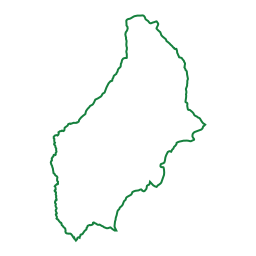 Fómeque, Cundinamarca, Colombia
{"feature_id": "7082276B76169675802972", "entity_name": "Fómeque", "entity_type": "district", "adm_level": 2, "iso_a3": "COL", "parent_name": "Colombia", "parent_adm1": "Cundinamarca", "projection": "natural_earth1", "projection_center": [-73.835, 4.535], "detail": "fine", "context": "isolated", "style": "outline", "palette": "green", "viewbox_px": 256, "rotation_deg": 0, "n_neighbors": 0, "source": "geoboundaries", "source_scale": "gbopen_adm2", "svg_char_len": 5737}
<svg xmlns="http://www.w3.org/2000/svg" viewBox="0 0 256 256"><path d="M126.3,20.8L126.5,23.8L126.5,25.5L127.5,26.9L127.5,27.7L127.7,28.2L127.3,29.8L126.8,30.9L125.7,32.4L125.6,33.5L125.3,34.1L125.7,36.4L126.1,37.5L126.0,38.8L126.6,41.1L126.3,44.6L126.5,46.4L126.9,47.6L126.8,49.7L126.4,50.9L126.3,51.8L126.8,54.1L126.8,57.8L126.4,58.0L125.0,58.0L123.5,58.4L123.0,58.8L122.0,60.2L121.5,62.6L120.9,63.7L120.7,66.2L120.5,66.8L120.1,67.3L118.8,68.4L118.4,69.0L117.9,69.8L117.5,71.6L116.7,72.7L116.3,73.9L114.4,75.3L113.7,76.1L113.3,77.6L112.4,79.2L112.2,80.7L110.8,81.3L110.5,81.2L108.6,83.3L106.5,87.4L104.6,92.5L103.9,93.0L102.8,93.6L102.3,94.3L101.6,95.7L100.8,96.6L97.7,98.5L95.3,99.6L94.0,102.5L92.9,104.3L92.1,104.9L90.3,105.8L89.8,106.3L89.1,107.4L87.9,108.5L86.2,110.8L85.7,112.3L85.4,113.9L85.0,114.2L84.7,114.6L83.6,115.3L81.1,117.5L79.4,119.6L79.0,120.3L78.9,121.1L78.6,121.7L77.9,122.1L77.5,122.5L76.9,122.4L76.2,122.9L74.4,122.9L73.6,122.8L71.2,123.7L70.5,123.9L70.4,123.6L69.6,123.6L68.3,124.1L67.6,125.6L64.7,127.7L64.3,130.3L63.6,131.0L63.2,131.1L62.2,130.6L61.9,130.6L61.6,131.0L61.1,131.1L60.2,131.1L58.9,132.0L58.8,132.3L58.5,132.4L58.7,133.7L58.4,134.6L57.9,135.2L57.5,135.5L56.8,135.1L55.2,135.4L54.7,135.7L53.7,136.9L53.8,137.3L53.7,138.1L54.3,138.8L54.4,139.2L54.2,139.8L54.4,142.0L54.5,142.3L55.0,142.7L54.9,143.0L54.2,143.7L54.1,144.2L54.3,144.7L55.1,145.4L55.3,145.9L55.5,147.5L56.2,148.4L56.1,150.2L56.5,151.6L56.4,152.0L55.7,152.9L55.7,153.5L55.7,154.1L55.7,154.6L55.4,155.0L54.6,154.8L53.8,154.9L53.5,155.4L53.4,156.4L52.3,157.4L52.1,158.1L51.8,158.3L51.7,158.9L52.0,160.2L51.7,160.8L51.2,161.1L50.8,162.4L50.9,163.1L51.2,163.7L51.2,164.3L52.1,165.9L52.2,166.8L52.5,167.5L52.9,168.7L53.1,170.5L53.3,171.3L53.5,173.1L53.8,173.4L54.4,173.7L55.3,175.3L56.9,176.4L57.2,176.9L57.4,177.4L57.1,178.9L57.1,180.5L57.3,181.0L58.0,181.7L57.9,182.8L58.0,183.6L57.9,184.1L57.6,184.3L56.7,184.2L56.4,184.7L55.6,185.2L54.8,186.2L55.1,186.4L55.5,187.6L55.7,189.3L55.5,189.9L55.3,190.1L55.1,190.0L54.9,190.1L54.6,190.7L54.8,191.3L55.0,191.6L55.6,191.8L56.0,192.5L55.9,193.6L55.7,194.6L56.2,195.6L56.3,196.1L56.0,197.0L56.6,199.6L56.6,200.0L56.3,200.3L55.7,200.2L55.0,202.0L55.0,202.5L55.2,203.2L55.9,204.0L55.9,204.3L55.5,205.2L55.6,206.0L55.8,206.8L56.6,208.1L56.5,208.8L55.8,209.9L55.7,210.4L56.0,211.7L56.6,212.7L56.8,213.4L56.7,213.7L56.0,214.0L55.8,214.4L56.1,215.4L56.9,216.8L56.8,218.1L56.5,218.5L56.7,218.8L57.1,219.0L57.5,219.4L57.9,219.4L58.2,219.7L58.9,220.9L60.5,222.7L61.2,222.8L61.6,223.8L61.6,224.6L61.8,225.2L62.6,225.7L63.3,226.8L65.2,228.5L65.6,230.8L65.4,231.5L65.8,232.8L67.0,233.5L68.0,233.5L68.6,233.7L70.2,233.6L71.0,234.0L72.5,235.8L72.7,236.4L73.9,238.1L74.2,237.7L74.7,238.9L75.9,240.6L77.1,239.2L77.3,238.2L78.0,237.5L78.5,237.3L79.6,237.8L79.8,236.8L80.4,235.7L80.4,235.2L80.6,234.7L81.0,234.5L82.0,234.3L82.5,233.8L82.9,233.6L83.4,232.5L83.9,232.0L84.6,230.9L86.3,229.5L86.6,228.7L86.5,228.1L87.2,227.2L87.7,225.8L89.6,225.0L90.7,225.2L92.2,224.7L92.8,224.3L93.0,222.8L93.4,222.5L94.4,222.7L95.0,223.3L96.1,223.7L97.2,224.5L97.9,224.8L99.0,224.8L99.4,224.6L99.8,224.7L101.9,226.0L102.7,226.2L104.0,227.2L106.6,228.2L107.9,228.2L110.2,227.4L110.5,227.4L112.5,229.1L114.6,230.5L116.3,230.5L114.9,227.7L114.5,226.2L115.0,221.5L115.6,219.7L115.7,218.3L115.9,217.4L116.6,215.4L117.5,211.2L118.1,210.2L119.2,209.2L119.6,208.1L120.1,207.3L121.5,206.2L122.7,204.7L123.2,203.2L123.9,201.5L124.2,201.0L125.5,199.9L126.2,197.8L126.6,197.3L127.5,196.7L130.8,194.9L131.4,194.4L132.5,192.0L134.2,191.2L135.4,190.8L138.6,190.4L139.7,189.8L141.1,189.4L142.1,190.2L142.3,190.7L143.2,191.1L143.8,191.3L144.6,191.0L146.4,188.8L146.7,187.6L146.8,186.5L147.0,185.8L147.8,185.2L149.2,184.6L149.5,184.1L150.0,181.8L153.2,185.3L155.0,186.4L156.6,186.9L157.9,185.3L159.1,184.6L160.6,183.4L161.3,182.5L164.0,174.9L164.2,172.6L164.0,169.6L163.7,168.0L163.5,167.4L163.1,167.2L161.4,167.1L160.9,166.9L160.5,166.4L160.5,165.2L160.8,164.3L161.1,164.0L162.9,163.4L164.3,162.6L164.9,160.7L165.4,157.4L166.2,155.2L167.8,152.0L169.3,151.2L170.3,151.3L171.1,151.8L171.2,151.7L172.2,149.6L173.3,148.7L173.9,147.2L174.2,146.7L175.2,145.9L176.1,144.7L176.4,144.2L176.6,142.9L177.5,142.3L179.4,141.6L183.5,140.7L186.6,140.6L188.1,140.7L190.2,141.2L190.9,141.2L194.0,139.8L194.1,139.3L194.0,139.0L192.8,137.3L192.4,136.2L192.6,134.4L193.0,133.5L194.4,132.1L201.4,129.5L202.5,128.4L203.0,126.9L203.3,126.3L204.2,125.7L204.6,125.2L205.2,124.7L204.4,124.0L203.3,123.4L202.3,122.3L201.2,120.7L200.0,118.6L199.3,118.0L197.8,117.4L197.1,116.7L194.9,115.6L194.2,114.9L193.4,113.2L192.3,112.0L190.0,110.1L189.5,109.9L188.4,109.9L187.8,109.1L187.2,105.8L187.4,104.2L187.3,103.3L186.8,102.7L185.7,102.2L185.5,101.9L185.5,101.4L186.1,97.4L186.2,95.5L186.0,94.3L186.3,93.2L186.4,92.2L186.3,91.0L186.0,89.8L185.9,89.0L187.1,85.7L187.1,84.1L187.3,83.3L187.3,81.1L187.4,80.4L187.8,79.5L187.9,78.7L187.1,74.6L186.8,71.5L186.3,70.6L185.9,70.3L185.5,69.9L185.4,69.2L184.4,67.3L184.7,66.6L184.6,66.2L185.0,64.1L185.0,63.3L184.2,61.9L183.8,60.7L182.6,59.4L181.9,58.2L181.2,57.8L179.2,57.3L178.9,56.8L178.8,56.1L178.3,55.4L178.0,54.4L177.2,52.8L177.0,50.8L176.4,48.9L176.1,48.8L175.3,49.1L174.4,48.7L174.2,48.4L174.1,47.9L173.6,47.7L173.2,47.4L172.2,46.1L170.3,44.4L169.8,43.7L167.7,41.9L166.6,41.2L165.8,39.2L162.5,36.5L161.4,35.3L160.3,32.2L158.1,30.3L156.6,28.7L156.5,28.3L156.9,27.3L157.9,25.3L158.2,24.3L158.1,23.5L156.9,21.8L156.6,21.4L156.2,21.4L154.4,22.1L152.6,22.6L151.5,23.1L150.7,23.3L149.9,23.1L149.3,22.6L148.2,21.1L145.9,19.5L145.4,18.9L144.9,17.3L144.2,16.3L143.6,15.7L142.7,15.4L140.2,15.6L137.4,15.6L134.5,16.2L133.6,16.6L130.6,18.4L129.6,18.8L128.3,19.0L127.3,19.5L126.7,20.0L126.3,20.8Z" fill="none" stroke="#15803d" stroke-width="2"/></svg>